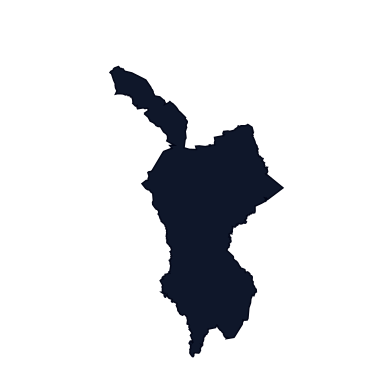 Tocumbo, Michoacán, Mexico, rotated 329°
{"feature_id": "50627088B68664204293005", "entity_name": "Tocumbo", "entity_type": "district", "adm_level": 2, "iso_a3": "MEX", "parent_name": "Mexico", "parent_adm1": "Michoacán", "projection": "equal_earth", "projection_center": [-102.6, 19.678], "detail": "fine", "context": "isolated", "style": "filled", "palette": "ink", "viewbox_px": 384, "rotation_deg": 329, "n_neighbors": 0, "source": "geoboundaries", "source_scale": "gbopen_adm2", "svg_char_len": 6117}
<svg xmlns="http://www.w3.org/2000/svg" viewBox="0 0 384 384"><g transform="rotate(329 192 192)"><path d="M196.6,306.5L196.8,304.7L196.6,302.9L197.9,300.5L198.1,300.5L197.9,298.7L199.9,295.8L199.9,294.6L199.3,293.9L199.0,292.7L199.4,291.8L198.9,289.9L198.3,289.0L196.3,288.5L197.3,285.7L195.5,283.3L194.4,282.4L194.8,281.5L194.5,280.0L194.7,276.0L194.3,274.0L193.8,273.5L193.1,271.2L193.2,269.9L193.9,269.3L194.1,268.3L191.7,259.8L193.9,258.3L195.4,258.2L195.7,257.4L196.8,256.8L196.9,255.2L199.7,254.7L199.6,254.3L200.6,253.3L200.1,251.9L200.5,251.5L201.6,251.4L201.7,250.4L200.7,250.0L200.4,249.4L201.7,248.7L201.9,247.3L202.6,246.9L204.5,248.2L204.5,247.1L204.8,246.8L205.4,247.3L205.8,247.0L205.6,246.2L206.3,246.4L207.0,245.0L208.3,243.9L208.9,242.4L210.8,244.2L212.0,244.0L213.4,242.7L213.8,243.8L214.6,243.7L215.1,242.9L215.6,242.8L217.5,244.6L219.3,245.1L220.6,244.7L220.9,245.7L221.9,246.3L223.3,245.6L222.9,244.0L223.1,243.1L223.9,243.3L224.4,242.7L225.2,242.7L226.6,240.5L227.4,241.0L228.0,240.3L229.5,241.1L230.9,240.3L231.3,241.1L232.1,241.2L233.4,240.5L234.0,241.7L235.1,242.0L236.2,240.9L238.7,236.6L245.9,237.4L249.2,237.5L250.4,237.0L250.5,237.8L251.7,237.3L251.4,234.4L252.6,235.4L253.1,237.3L272.1,235.3L265.0,215.5L264.5,215.2L264.5,214.3L265.4,214.6L267.3,213.5L268.6,210.0L269.3,209.7L268.7,209.2L267.4,210.1L267.4,208.3L267.0,208.0L267.4,207.1L267.8,207.0L268.4,204.5L269.1,204.4L268.4,202.5L268.5,202.0L267.9,201.3L268.6,201.1L269.2,200.0L269.6,200.3L270.1,199.9L269.2,198.9L269.1,198.1L268.4,197.4L268.8,196.9L268.7,196.4L267.8,195.9L268.2,192.7L268.7,192.3L269.2,191.1L268.8,190.9L269.5,189.8L270.3,189.5L270.1,188.5L270.5,187.9L270.8,188.1L270.7,186.7L271.4,186.3L271.2,183.2L271.9,181.2L272.6,176.8L272.5,175.1L273.3,175.0L273.1,174.2L275.5,172.3L275.1,171.6L275.2,170.8L275.8,170.8L276.8,167.4L274.6,162.9L273.3,163.2L272.9,162.7L272.1,162.9L268.1,160.4L266.5,160.8L266.6,160.2L265.7,159.2L265.2,159.7L263.8,160.2L261.3,160.3L260.8,160.8L259.1,160.6L255.6,159.5L254.2,158.2L250.3,156.4L249.9,156.8L250.0,157.3L248.8,157.5L248.7,158.6L249.0,159.3L248.3,159.1L248.1,160.0L239.4,156.8L238.2,159.9L236.9,161.1L235.7,163.3L233.1,162.1L232.0,162.1L232.1,161.2L231.1,160.6L230.7,161.4L226.7,159.9L221.9,156.2L218.7,154.6L217.9,157.9L216.8,157.4L211.7,154.1L207.9,150.0L213.1,143.4L214.2,143.0L214.8,142.3L217.6,136.2L218.9,135.4L219.2,134.7L220.5,134.1L221.4,131.4L223.4,130.2L224.2,129.2L224.3,128.0L223.7,125.8L224.8,124.9L223.0,117.6L222.3,115.8L222.2,112.3L221.9,110.1L220.9,106.2L220.5,106.2L219.6,103.1L217.7,103.5L213.5,102.9L215.0,101.6L215.1,100.8L214.9,100.4L215.4,99.2L215.0,98.9L213.4,93.9L209.6,90.6L209.7,87.9L209.8,86.8L210.3,86.1L210.6,84.1L210.3,82.8L210.6,80.8L210.1,72.2L201.8,59.0L196.4,53.7L196.3,51.0L195.5,50.8L195.3,49.9L194.2,49.5L193.6,46.6L189.4,45.8L188.1,46.1L187.1,47.0L184.5,46.8L183.2,47.4L184.0,49.2L182.4,56.1L182.0,59.8L181.2,60.8L180.1,63.4L179.8,66.7L176.8,68.7L178.4,69.2L181.5,71.0L183.6,72.6L184.9,74.5L186.1,74.5L186.2,75.2L187.1,76.0L187.0,76.5L188.3,76.6L188.3,78.8L189.2,79.2L189.3,79.6L188.8,82.2L187.5,85.0L186.9,85.4L187.8,89.2L189.4,89.5L188.7,90.5L188.2,92.6L193.7,94.8L194.6,96.3L196.5,96.8L197.1,97.8L196.7,99.7L192.0,100.0L192.0,100.9L191.6,101.0L193.0,105.4L192.7,109.7L194.6,112.6L195.4,114.9L195.4,116.4L196.6,118.3L199.1,120.0L198.6,119.9L198.6,125.8L199.9,129.0L200.0,131.1L198.5,133.9L196.7,135.2L201.1,142.9L196.9,140.7L197.5,144.2L188.8,142.7L187.8,143.0L169.1,153.0L167.7,153.4L165.2,152.4L164.2,152.6L163.4,156.2L161.1,158.2L160.7,159.1L159.9,159.3L158.7,158.5L153.4,159.1L154.2,165.1L155.2,167.1L156.7,168.5L156.7,170.4L157.1,171.7L157.8,172.7L154.5,179.4L152.9,180.5L151.9,182.5L152.2,186.7L152.6,187.2L152.4,188.0L153.3,189.2L153.6,190.6L153.2,192.3L151.6,193.5L151.9,195.1L151.0,198.7L151.4,199.6L150.6,200.9L150.6,201.7L151.1,202.3L151.1,203.2L151.6,204.0L151.9,206.4L151.4,207.8L151.7,209.1L150.7,210.1L151.0,211.4L149.8,212.9L149.2,215.0L148.8,214.7L147.0,216.9L147.0,217.7L146.0,219.1L146.5,220.4L145.6,220.6L144.4,222.5L145.2,226.3L145.0,226.7L145.6,228.5L145.2,228.9L145.0,230.7L143.4,232.0L142.5,231.9L142.5,234.0L141.8,234.5L141.7,236.3L140.7,236.4L140.1,238.4L139.1,238.3L138.3,239.1L137.5,238.8L137.2,239.1L137.5,240.7L136.6,241.7L136.6,242.5L136.1,243.0L136.1,244.0L132.6,248.1L132.1,248.6L131.3,248.5L131.1,250.0L130.4,249.3L128.9,249.7L126.5,248.8L125.9,249.8L125.3,250.1L124.1,249.6L122.7,249.9L122.4,250.2L122.7,251.7L121.8,251.6L121.3,251.1L119.1,251.6L118.9,257.0L117.4,258.0L117.3,259.0L116.0,261.0L115.4,262.7L114.2,262.1L115.0,263.8L116.6,265.0L115.4,265.3L115.1,265.8L114.6,267.3L114.8,268.3L115.1,268.5L117.8,267.1L117.3,269.2L117.6,271.2L119.8,274.0L119.3,274.6L118.2,274.9L118.2,275.8L118.3,276.2L119.2,276.2L120.2,277.3L121.7,279.7L121.6,280.1L120.1,281.3L119.8,284.2L118.9,286.3L118.9,287.6L119.3,288.9L118.9,289.6L119.2,290.9L120.4,292.7L121.9,292.7L122.8,293.3L123.3,296.7L122.8,297.6L122.3,299.6L119.9,302.5L119.9,302.9L120.8,303.4L121.1,304.6L121.0,305.1L120.4,305.4L119.7,306.5L119.6,308.4L118.9,308.4L119.3,310.6L119.4,313.3L117.7,313.6L116.7,314.3L116.9,315.4L116.4,316.9L116.3,318.9L115.7,319.5L115.4,321.2L114.7,321.5L114.5,320.8L114.8,319.5L113.8,318.9L111.7,320.1L111.6,320.6L112.3,322.6L111.5,323.1L110.2,325.5L109.2,325.7L108.6,327.1L107.6,328.4L107.2,329.2L107.4,332.2L107.6,333.3L108.3,333.7L109.2,333.2L110.4,331.3L111.8,331.3L114.8,333.5L115.8,333.4L116.5,332.5L117.3,332.5L117.8,331.9L118.4,330.2L119.1,330.1L120.0,329.0L120.6,329.3L121.6,328.9L121.4,327.5L122.4,328.4L123.7,326.1L125.0,325.5L126.2,324.1L126.9,322.7L128.0,322.5L128.5,321.6L129.2,322.0L129.7,321.2L131.3,321.5L132.9,320.5L133.6,320.4L134.6,318.4L135.4,317.9L142.3,320.3L144.8,319.0L144.9,320.3L144.6,321.5L145.0,324.8L145.7,326.1L145.8,327.7L146.3,329.1L145.5,330.8L145.8,331.8L145.4,332.4L145.9,334.1L147.2,334.8L146.0,335.4L153.1,338.2L153.7,338.0L166.8,331.3L168.5,329.3L169.6,328.8L170.0,327.9L171.3,329.1L173.4,330.1L174.8,329.2L181.1,320.5L185.0,317.2L187.4,313.9L190.6,311.5L191.6,312.8L194.2,310.6L195.7,310.8L196.9,308.4L196.3,306.9L196.6,306.5Z" fill="#0f172a" stroke="#020617" stroke-width="1.5"/></g></svg>